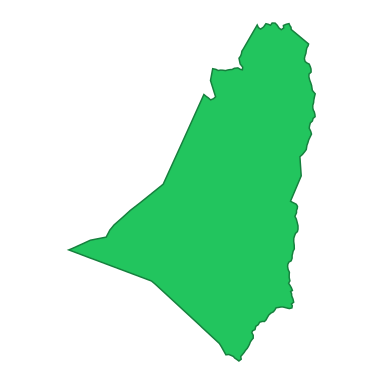 outline of Conceição do Coité, Bahia, Brazil
{"feature_id": "56859067B37601452746614", "entity_name": "Conceição do Coité", "entity_type": "district", "adm_level": 2, "iso_a3": "BRA", "parent_name": "Brazil", "parent_adm1": "Bahia", "projection": "orthographic", "projection_center": [-39.2, -11.517], "detail": "fine", "context": "isolated", "style": "filled", "palette": "green", "viewbox_px": 384, "rotation_deg": 0, "n_neighbors": 0, "source": "geoboundaries", "source_scale": "gbopen_adm2", "svg_char_len": 2480}
<svg xmlns="http://www.w3.org/2000/svg" viewBox="0 0 384 384"><path d="M257.2,25.0L243.0,49.5L241.9,51.1L241.4,53.9L240.5,56.2L239.0,58.2L239.6,61.3L240.2,64.0L242.7,67.1L242.4,69.8L240.4,69.4L237.9,67.9L234.3,68.3L232.1,69.5L230.0,69.6L227.7,70.0L225.6,70.6L222.7,70.2L220.7,70.1L218.1,70.5L216.0,69.4L212.7,68.7L210.5,80.5L215.6,96.8L213.5,98.7L210.6,99.9L208.1,97.7L206.2,96.4L203.9,94.5L189.9,125.5L180.4,146.5L163.2,184.2L140.0,202.9L130.3,210.4L123.3,216.8L114.1,224.9L109.9,230.0L107.6,234.4L106.2,237.1L90.4,240.2L72.0,248.6L68.8,249.9L90.4,258.1L94.0,259.4L111.3,265.9L151.5,281.0L155.2,284.1L185.1,311.7L200.2,325.6L202.0,327.4L219.4,343.5L221.5,346.9L225.9,354.8L228.8,354.5L230.8,355.3L233.3,356.4L234.8,358.1L236.9,359.5L238.9,361.0L241.2,359.2L240.7,356.5L242.2,354.8L244.0,352.6L245.6,350.2L247.2,348.4L248.4,346.4L249.5,344.2L250.3,342.0L251.9,339.7L253.2,338.2L253.2,335.2L251.8,332.7L252.6,330.8L255.0,329.6L255.8,326.3L258.2,324.7L259.6,322.2L262.5,321.4L264.4,321.5L265.9,320.1L267.1,317.9L268.7,315.1L270.9,313.1L273.4,311.8L274.9,309.9L276.1,307.8L278.3,307.5L280.8,307.0L283.0,307.0L285.4,307.6L289.3,308.6L291.9,307.9L292.3,305.8L291.4,304.0L293.7,302.2L293.0,299.1L291.7,295.8L291.6,293.7L290.6,291.5L292.4,290.5L291.4,287.8L290.0,285.4L288.6,283.2L289.9,280.9L289.2,277.6L289.2,274.8L289.4,272.3L288.1,269.5L287.6,266.5L287.8,264.3L288.9,262.1L291.2,260.8L292.1,258.2L292.1,255.5L292.6,253.6L293.1,251.2L294.3,248.9L294.2,245.2L293.7,241.3L293.8,238.2L294.7,235.4L295.5,233.4L297.4,231.6L298.0,229.2L298.0,225.8L297.0,221.7L296.3,219.1L294.9,216.3L296.5,212.8L296.5,210.4L297.3,208.4L297.5,206.4L296.3,204.3L294.7,203.4L292.6,202.4L290.5,201.2L301.2,175.9L299.9,156.7L302.5,154.4L304.7,151.7L306.3,149.5L306.9,145.4L307.9,142.7L308.7,139.9L309.9,137.4L311.5,134.1L310.7,131.3L309.2,128.2L309.6,125.6L310.3,123.0L312.4,121.0L313.1,118.4L315.1,116.7L314.9,114.5L314.3,112.0L313.3,110.1L312.8,108.0L312.8,105.3L313.6,102.7L313.8,100.1L314.5,96.7L315.2,93.8L313.8,92.2L312.3,90.3L312.0,88.2L311.6,85.5L310.8,83.0L309.7,80.1L308.9,76.9L309.0,74.1L311.1,72.1L311.0,69.0L310.4,67.0L309.2,64.1L307.0,63.0L305.1,61.5L304.4,58.7L304.9,56.2L305.9,53.3L306.3,50.3L306.9,47.7L308.0,46.0L308.6,44.0L291.2,29.5L291.0,27.2L289.8,25.5L289.0,23.6L286.1,24.3L283.4,25.5L283.7,28.0L281.2,29.7L278.9,27.9L277.1,25.1L275.1,23.1L272.1,23.0L270.5,25.3L268.4,24.3L265.9,23.7L263.6,27.0L260.6,29.1L258.4,27.6L257.2,25.0Z" fill="#22c55e" stroke="#15803d" stroke-width="1.5"/></svg>